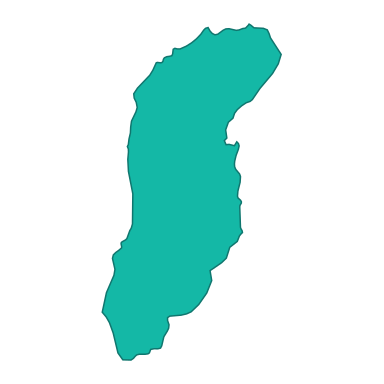 SVG path tracing the border of Guadalcanal, rotated 88°
{"feature_id": "SLB-1263", "entity_name": "Guadalcanal", "entity_type": "Province", "adm_level": 1, "iso_a3": "SLB", "parent_name": "Solomon Islands", "parent_adm1": "", "projection": "orthographic", "projection_center": [160.135, -9.592], "detail": "fine", "context": "isolated", "style": "filled", "palette": "teal", "viewbox_px": 384, "rotation_deg": 88, "n_neighbors": 0, "source": "natural_earth", "source_scale": "10m", "svg_char_len": 2039}
<svg xmlns="http://www.w3.org/2000/svg" viewBox="0 0 384 384"><g transform="rotate(88 192 192)"><path d="M143.4,145.5L145.2,143.9L147.6,143.3L151.0,144.2L157.1,146.7L162.5,148.2L165.4,148.6L168.3,148.5L170.9,147.5L175.7,143.8L178.3,143.0L184.0,143.6L192.7,146.1L197.8,146.7L199.6,146.2L201.9,143.8L203.4,143.0L204.8,143.1L207.2,144.6L208.7,144.8L228.9,144.8L229.9,144.6L232.7,143.2L234.4,143.0L234.8,143.6L236.0,144.8L237.5,146.1L243.0,148.5L248.6,156.2L259.3,160.0L263.7,164.9L271.2,176.7L281.2,175.4L293.5,180.8L304.7,189.2L311.7,197.0L313.6,201.6L314.7,207.2L315.3,218.6L316.7,220.8L319.6,220.9L323.9,219.6L327.3,220.1L330.1,221.5L335.7,225.2L344.6,227.6L346.9,228.9L347.5,231.6L347.3,235.4L347.9,238.8L351.3,240.2L352.2,241.6L352.5,244.5L352.3,250.4L352.9,253.0L354.4,254.7L356.2,256.3L357.8,258.8L357.3,267.0L350.3,271.6L330.1,275.7L319.6,279.1L313.9,282.1L309.0,285.9L289.6,281.0L272.5,272.9L266.6,271.7L255.6,273.8L252.1,272.8L249.8,270.3L247.8,267.3L245.5,264.4L244.3,264.2L241.2,264.7L240.0,264.4L239.3,263.5L237.5,260.0L236.3,258.7L228.4,255.5L226.1,254.0L221.9,252.6L191.8,251.2L169.2,254.8L157.2,255.0L149.8,254.1L146.8,254.1L144.3,255.0L142.5,254.0L136.8,253.1L130.9,251.5L124.9,251.0L119.1,250.0L109.9,245.2L105.6,243.8L100.4,244.6L96.1,246.5L91.8,246.8L86.2,242.8L73.8,230.1L69.0,226.9L61.6,223.2L61.3,222.1L61.8,218.9L61.6,217.6L60.5,216.5L58.3,215.9L56.9,214.9L55.9,212.5L55.6,209.7L55.1,207.4L53.2,206.5L48.7,205.8L47.8,204.1L48.5,201.7L48.6,198.9L46.1,192.7L42.9,187.2L39.1,182.2L34.7,177.7L30.7,174.7L28.9,172.8L28.2,170.2L31.7,168.4L34.2,166.3L35.7,163.6L35.2,160.7L31.4,155.2L30.2,152.5L30.1,149.3L32.0,142.1L31.7,139.3L30.4,135.6L30.1,132.8L27.3,129.9L26.2,129.1L27.4,127.3L30.1,124.3L30.9,115.0L32.6,111.1L36.5,109.4L40.7,108.2L57.6,98.1L66.9,101.3L76.4,107.4L90.9,120.5L101.8,128.5L103.5,130.8L104.7,134.7L107.6,139.4L111.2,143.8L114.8,146.7L119.7,148.5L123.5,153.2L131.1,156.2L139.3,155.3L141.8,157.9L145.9,156.3L145.7,153.3L147.2,148.0L143.4,145.5Z" fill="#14b8a6" stroke="#0f766e" stroke-width="1.5"/></g></svg>